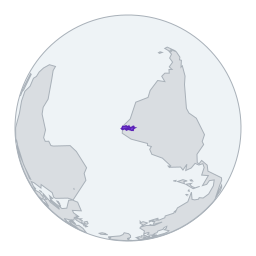 the Earth from above Pernambuco, rotated 185°
{"feature_id": "BRA-1313", "entity_name": "Pernambuco", "entity_type": "State", "adm_level": 1, "iso_a3": "BRA", "parent_name": "Brazil", "parent_adm1": "", "projection": "orthographic", "projection_center": [-37.928, -8.379], "detail": "medium", "context": "on_globe", "style": "filled", "palette": "violet", "viewbox_px": 256, "rotation_deg": 185, "n_neighbors": 0, "source": "natural_earth", "source_scale": "10m", "svg_char_len": 7638}
<svg xmlns="http://www.w3.org/2000/svg" viewBox="0 0 256 256"><g transform="rotate(185 128 128)"><circle cx="128" cy="128" r="113" fill="#eef3f6" stroke="#a8b0b8"/><path d="M89.5,22.2L92.5,21.2L91.0,21.9L94.5,20.7L95.3,20.3L97.1,19.7L98.8,19.3L97.3,19.9L96.2,20.2L96.7,20.1L95.2,20.7L96.9,20.1L94.8,21.1L99.4,19.6L99.9,19.9L97.9,20.7L94.8,21.4L82.4,26.2L79.4,27.9L78.3,29.3L83.0,29.8L81.0,31.6L80.8,33.5L83.4,31.9L84.5,30.0L89.2,28.0L90.0,26.2L92.1,25.3L94.2,23.5L97.4,23.1L99.4,23.7L97.8,25.3L98.6,25.8L103.0,23.9L102.7,26.9L107.4,29.3L106.9,30.4L100.9,32.6L93.6,33.1L85.8,37.3L94.5,34.1L93.2,37.4L94.5,37.8L96.6,37.5L98.5,36.2L98.8,37.3L90.4,40.7L90.0,39.6L92.6,38.5L89.2,38.9L83.5,41.8L83.3,43.6L75.0,47.1L74.7,48.5L72.8,50.3L73.7,47.7L71.8,52.7L62.0,59.7L59.2,69.6L58.0,62.5L55.3,62.2L51.6,63.2L51.0,64.8L47.0,64.8L41.9,69.3L37.9,77.9L37.6,83.8L42.3,82.7L44.7,78.7L48.8,77.1L43.8,87.6L50.5,87.5L48.7,95.3L50.3,99.0L54.2,97.3L58.1,98.6L61.5,93.7L66.8,90.7L66.2,97.0L69.6,90.9L72.2,93.7L83.1,92.5L82.1,94.0L91.1,101.0L102.0,103.9L104.5,108.6L103.1,111.6L107.1,112.3L107.2,114.3L124.0,117.2L133.3,122.3L133.4,129.2L126.6,137.2L122.5,154.4L110.7,160.2L109.2,167.3L102.6,177.9L95.3,177.4L98.9,182.5L96.1,185.8L91.7,186.2L92.3,189.9L89.2,190.2L92.2,192.5L89.3,197.5L92.6,201.3L91.1,205.4L93.4,207.6L92.0,207.6L91.1,208.6L91.7,209.8L86.5,208.1L82.5,203.1L82.6,200.4L80.7,200.1L80.5,193.2L79.3,194.7L75.7,184.7L75.5,176.2L71.5,152.6L68.6,148.2L60.8,143.7L51.2,128.0L52.9,121.0L51.2,118.1L57.0,107.8L56.0,99.5L54.1,98.6L51.8,102.1L45.9,97.9L44.6,92.0L30.6,86.6L30.1,84.1L31.6,79.2L34.8,66.1L29.8,79.3L29.5,77.3L30.8,72.9L31.9,71.3L35.2,64.7L36.0,63.0L37.8,60.5L42.9,54.2L48.5,48.2L54.5,42.7L60.8,37.6L67.6,32.9L74.6,28.8L81.9,25.2L89.5,22.2ZM57.8,73.2L65.5,77.0L60.1,78.3L61.3,77.2L59.6,75.4L56.0,74.2L51.5,76.1L57.8,73.2ZM63.4,66.9L62.0,66.7L63.5,66.5L63.4,66.9ZM92.3,23.9L93.3,23.7L92.4,24.1L92.3,23.9ZM92.4,23.4L90.7,24.1L90.5,23.9L91.5,23.5L92.4,23.4ZM94.5,22.7L90.3,23.6L90.0,23.5L93.6,21.9L94.5,22.7ZM94.8,20.4L94.0,20.8L93.1,21.0L94.8,20.4ZM94.8,20.4L93.7,20.7L92.2,21.2L94.8,20.4ZM100.7,18.7L100.9,18.7L99.4,19.0L97.7,19.5L96.4,19.9L97.2,19.7L100.7,18.7ZM99.9,18.9L102.3,18.3L103.1,18.2L99.1,19.2L99.9,18.9ZM107.4,17.7L105.8,17.9L106.5,17.7L107.4,17.7ZM103.8,18.0L103.1,18.1L102.9,18.2L103.8,18.0ZM106.3,17.5L106.2,17.5L109.0,17.1L108.4,17.2L104.0,17.9L104.7,17.8L106.3,17.5ZM96.0,212.0L87.3,208.9L91.8,210.2L93.1,208.0L98.3,210.5L96.0,212.0ZM100.5,206.3L103.1,205.1L104.2,205.7L102.7,206.7L100.5,206.3ZM236.6,98.2L236.7,101.2L234.4,93.3L222.8,71.2L221.8,69.2L221.7,68.9L221.4,68.5L222.8,71.8L220.0,67.7L228.8,82.3L231.3,88.5L236.7,101.6L236.8,102.7L237.8,105.7L238.2,104.6L239.0,108.6L240.0,118.6L237.4,133.4L236.4,145.6L233.9,155.6L229.2,161.1L226.5,169.3L223.7,171.4L221.4,176.0L217.4,180.4L211.8,184.2L205.6,183.0L207.6,178.7L208.2,170.0L210.1,149.8L214.3,141.3L214.8,134.4L210.0,118.9L211.2,111.0L209.3,107.5L205.8,107.9L203.3,103.8L200.9,103.5L184.1,105.4L177.4,100.1L165.8,84.8L167.7,78.9L165.4,72.2L176.4,51.6L181.8,52.9L194.0,51.6L196.0,52.5L197.9,57.0L209.6,64.1L209.5,60.6L216.9,65.3L219.7,66.2L214.9,57.9L210.3,56.0L206.2,51.6L207.3,49.5L210.9,51.9L209.4,50.3L204.5,45.8L202.5,43.7L202.4,44.1L204.5,45.9L204.5,46.4L202.6,44.9L202.0,44.1L200.1,43.0L203.5,47.6L206.0,49.9L202.9,49.8L206.7,53.8L206.8,55.3L200.4,49.2L198.9,47.3L189.2,41.0L190.4,43.0L199.7,49.2L198.0,48.5L199.8,51.8L197.2,48.8L186.7,42.0L182.0,42.8L180.8,50.8L177.1,51.4L171.7,49.7L167.3,41.4L176.2,41.1L174.8,38.7L168.9,35.2L172.1,35.6L170.7,34.3L173.7,34.3L173.8,31.6L176.2,31.6L172.3,28.3L173.0,28.0L175.1,29.9L177.9,31.5L183.3,32.2L183.2,31.7L180.3,29.6L182.2,30.3L178.6,28.3L179.8,28.3L175.3,26.7L171.8,24.8L170.4,23.8L168.4,23.0L170.6,24.7L172.3,25.7L175.0,26.9L178.7,30.1L177.7,30.4L170.7,26.5L168.5,26.7L164.0,24.0L160.6,20.3L161.1,20.3L168.8,23.0L176.2,26.2L183.4,29.9L190.2,34.1L196.8,38.8L203.0,44.0L208.9,49.6L214.3,55.6L219.2,61.9L223.7,68.6L227.7,75.7L231.2,82.9L234.2,90.5L236.6,98.2ZM176.2,61.7L176.8,63.6L176.2,61.7ZM83.4,92.4L84.7,93.6L82.9,93.7L83.4,92.4ZM58.9,80.8L60.8,80.7L61.6,81.5L60.1,82.0L58.9,80.8ZM75.9,79.0L78.3,79.3L75.6,80.0L75.9,79.0ZM66.9,77.4L74.0,79.0L68.8,81.3L64.4,80.4L67.7,79.5L66.9,77.4ZM61.5,70.3L62.6,70.6L61.9,71.7L61.5,70.3ZM64.5,66.7L64.0,66.9L63.7,66.1L64.5,66.7ZM93.7,37.2L94.4,36.9L96.3,36.9L95.0,37.5L93.7,37.2ZM107.6,34.1L107.8,36.1L106.7,34.9L104.9,36.0L100.3,35.1L106.5,30.9L104.5,32.8L107.6,34.1ZM96.0,33.2L98.1,33.9L95.5,33.3L96.0,33.2ZM160.5,28.5L162.9,29.2L163.7,30.5L160.6,31.4L159.4,29.5L160.5,28.5ZM166.0,30.0L159.9,26.3L161.6,25.8L161.7,26.6L163.4,26.7L164.0,28.1L171.5,31.7L172.7,33.1L166.4,33.5L167.8,32.4L165.4,31.7L166.0,30.0ZM141.5,20.7L138.9,19.9L145.9,19.8L147.5,20.6L144.6,21.4L140.9,20.9L141.5,20.7ZM101.8,20.1L100.4,20.4L100.8,20.1L102.4,19.7L101.8,20.1ZM106.6,17.8L108.6,18.7L107.0,19.0L110.1,19.6L107.1,20.8L105.3,20.3L105.3,21.8L102.4,21.8L102.9,22.9L99.1,21.7L96.5,22.0L100.5,21.1L103.2,20.0L103.6,19.6L102.9,19.0L98.8,19.5L100.8,18.8L103.4,18.2L104.7,17.9L102.9,18.4L106.0,17.7L104.4,18.3L106.6,17.8ZM134.9,15.6L133.9,15.5L134.7,15.6L134.9,15.7L136.4,15.9L135.3,15.9L136.4,16.1L136.6,16.3L137.7,16.5L136.0,16.7L137.3,17.1L135.8,17.0L138.4,17.6L135.7,17.3L135.6,17.7L138.3,17.8L126.5,19.8L123.6,21.5L122.7,23.3L118.2,22.8L116.1,21.1L115.9,19.2L119.3,17.8L116.7,18.1L117.5,17.6L119.3,17.6L117.1,17.3L118.3,17.0L118.1,16.3L114.2,16.4L116.1,16.1L114.5,16.2L118.3,15.8L118.9,15.7L126.9,15.4L134.9,15.6ZM114.8,16.1L114.4,16.2L109.8,16.9L107.4,17.3L108.6,17.0L110.1,16.8L110.3,16.8L114.8,16.1ZM196.4,51.0L197.6,51.3L199.1,51.4L200.2,53.6L196.4,51.0ZM189.3,46.4L190.1,46.2L192.5,49.0L191.2,48.8L189.3,46.4ZM188.5,43.8L190.0,46.0L188.4,44.7L188.5,43.8ZM175.7,29.8L176.3,29.6L177.2,30.2L177.8,30.9L175.7,29.8ZM215.3,59.0L215.6,60.3L214.7,59.4L214.8,59.1L215.3,59.0ZM208.5,56.6L211.0,58.2L208.8,57.2L208.5,56.6ZM236.6,156.8L229.8,173.7L229.1,173.0L231.2,167.5L235.2,157.0L236.7,154.9L238.0,150.4L236.6,156.8Z" fill="#d9dde1" stroke="#a8b0b8" stroke-width="1"/><path d="M133.9,126.4L134.0,126.4L134.1,126.5L133.9,126.5L134.0,126.7L133.9,126.8L134.0,126.7L133.9,126.8L134.0,126.9L134.1,127.1L134.0,127.4L133.8,127.3L133.9,127.5L133.8,128.0L133.4,129.1L132.9,129.0L132.7,128.9L132.3,129.1L132.1,129.0L131.7,129.0L131.1,129.6L130.9,129.6L130.6,129.8L130.1,129.7L129.9,129.9L129.4,129.7L128.8,129.1L128.5,129.2L128.3,128.9L128.2,129.0L127.9,129.5L127.7,129.6L127.4,129.9L127.3,129.5L127.3,129.2L127.2,129.2L127.1,129.3L126.9,129.2L126.9,128.9L126.7,129.2L126.5,128.9L126.3,128.8L126.0,128.8L125.9,128.7L125.5,128.6L125.4,128.4L125.2,128.3L124.6,128.5L124.6,128.8L124.2,128.9L124.2,129.2L124.0,129.3L123.8,129.4L123.5,129.4L123.3,129.9L123.2,130.0L122.8,130.2L122.5,130.1L122.6,129.9L122.6,129.7L122.3,129.5L122.2,128.9L121.9,128.8L121.8,128.7L121.5,128.7L121.3,128.7L121.6,128.5L122.0,128.1L122.4,128.0L122.5,127.8L122.8,127.5L122.9,127.1L122.9,126.9L122.7,126.8L122.8,126.6L122.6,126.3L122.7,126.1L123.7,126.1L124.1,126.0L124.6,126.0L124.9,126.2L125.2,126.4L125.4,126.6L125.7,126.8L125.8,127.0L125.9,126.9L126.0,127.0L126.2,126.7L126.5,126.5L126.8,126.8L127.2,126.7L127.3,126.9L127.4,127.0L127.6,126.8L127.9,126.8L128.1,126.6L128.7,126.2L128.9,126.0L129.0,126.0L129.1,125.9L129.3,125.8L129.8,126.1L129.4,126.4L129.4,126.6L129.5,126.8L129.1,127.2L129.5,127.2L129.6,127.6L129.9,127.8L130.3,127.7L130.5,127.4L130.5,127.2L130.9,127.1L130.9,126.9L131.2,126.9L131.3,126.8L131.5,126.8L131.9,127.0L132.0,126.9L132.0,126.7L132.0,126.8L132.6,126.6L132.7,126.2L133.0,126.2L133.5,126.1L133.9,126.4ZM134.0,126.7L134.0,126.8L133.9,126.9L134.0,126.7Z" fill="#8b5cf6" stroke="#5b21b6" stroke-width="1.5"/></g></svg>